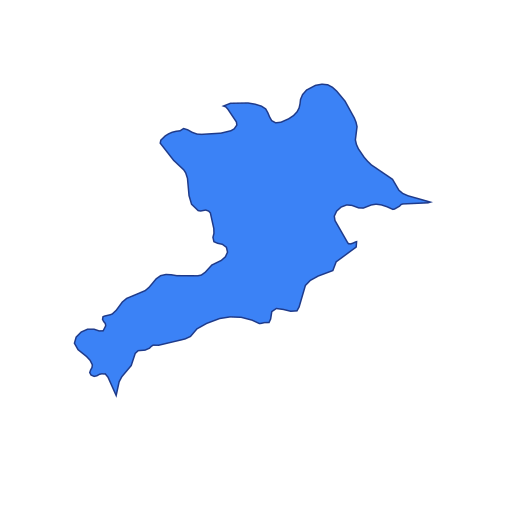 SVG path tracing the border of Lai Chau, rotated 295°
{"feature_id": "VNM-453", "entity_name": "Lai Chau", "entity_type": "Province", "adm_level": 1, "iso_a3": "VNM", "parent_name": "Vietnam", "parent_adm1": "", "projection": "natural_earth1", "projection_center": [103.098, 22.339], "detail": "fine", "context": "isolated", "style": "filled", "palette": "blue", "viewbox_px": 512, "rotation_deg": 295, "n_neighbors": 0, "source": "natural_earth", "source_scale": "10m", "svg_char_len": 2361}
<svg xmlns="http://www.w3.org/2000/svg" viewBox="0 0 512 512"><g transform="rotate(295 256 256)"><path d="M366.6,183.3L369.2,181.6L377.2,168.4L378.4,165.6L378.2,163.2L383.6,168.3L391.3,184.1L393.2,191.0L394.1,197.6L393.4,202.6L390.8,206.2L387.8,209.5L385.3,213.0L385.0,217.5L387.8,222.1L394.1,227.6L399.2,230.7L404.1,232.3L408.4,232.5L412.5,231.6L416.7,230.2L422.0,230.0L427.8,231.7L435.8,237.8L439.6,243.2L441.5,248.7L441.2,254.0L439.5,259.5L434.0,271.2L422.6,286.8L419.4,290.2L415.9,292.9L403.2,297.0L399.5,299.9L396.4,303.5L391.2,312.2L389.0,317.1L387.3,322.0L383.2,347.3L376.0,357.7L374.7,362.5L374.8,368.3L378.5,391.2L376.9,389.4L365.2,367.0L363.9,365.7L361.8,365.0L357.1,361.7L356.1,360.3L356.0,353.9L355.3,348.0L353.7,342.9L351.0,338.9L344.8,333.0L343.0,328.7L342.4,321.5L340.6,316.6L336.4,312.5L330.8,310.1L325.2,310.1L321.5,312.6L307.1,333.0L306.2,334.6L307.0,336.7L308.8,338.6L310.7,340.2L311.5,341.1L306.5,343.0L284.6,331.1L275.3,331.8L264.1,320.8L256.8,315.5L250.2,313.2L228.0,316.6L223.6,316.3L220.6,310.8L219.1,303.3L217.0,296.6L212.3,293.8L205.0,295.9L201.2,295.9L199.2,291.8L197.0,289.0L196.2,287.6L196.2,279.5L194.2,268.5L189.9,258.3L184.0,249.5L174.1,239.8L165.1,233.3L155.4,230.6L150.9,226.8L134.0,205.5L131.7,200.4L129.7,199.2L127.4,198.4L123.8,195.2L120.4,189.2L116.7,187.7L104.0,189.2L89.9,185.4L84.2,185.1L70.5,188.2L83.6,173.1L85.5,169.1L85.0,168.5L84.1,166.1L82.6,164.1L80.2,162.4L78.5,160.2L78.4,156.8L80.1,154.6L82.7,154.3L85.6,154.5L88.2,153.7L91.3,149.8L93.3,144.9L95.9,134.3L100.2,128.3L106.5,127.3L113.2,129.7L118.5,134.3L121.2,140.1L121.8,145.5L123.6,149.1L129.2,149.3L131.1,148.0L132.2,145.7L133.7,143.7L136.3,143.0L137.5,144.1L141.2,148.8L142.8,150.3L147.8,152.3L157.8,154.3L162.9,156.7L177.8,170.2L182.6,172.4L193.2,175.2L197.9,177.9L201.2,182.2L203.2,187.2L204.7,192.6L213.4,211.5L215.6,214.5L219.9,216.9L229.2,219.8L237.3,226.4L242.3,228.6L247.4,228.6L251.4,225.5L252.4,220.6L251.3,215.8L251.2,211.8L254.7,209.1L258.8,208.3L263.0,206.2L275.8,196.4L276.7,194.1L276.4,191.0L273.4,186.8L272.7,184.4L275.7,175.7L282.4,169.8L297.4,161.1L301.6,157.2L303.5,154.2L307.9,140.9L317.8,121.5L320.8,120.8L326.5,123.0L329.7,125.1L332.7,127.7L335.2,130.8L337.4,134.3L340.9,136.5L341.5,140.7L341.1,145.9L341.6,151.2L343.3,155.4L352.5,172.3L358.9,180.3L362.0,182.5L366.6,183.3Z" fill="#3b82f6" stroke="#1e3a8a" stroke-width="1.5"/></g></svg>